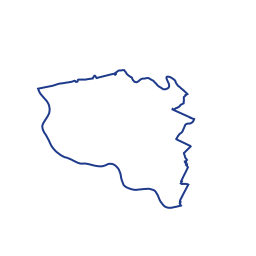 the district of Vijfheerenlanden, Zuid-Holland, Netherlands, rotated 224°
{"feature_id": "6326949B1292857189709", "entity_name": "Vijfheerenlanden", "entity_type": "district", "adm_level": 2, "iso_a3": "NLD", "parent_name": "Netherlands", "parent_adm1": "Zuid-Holland", "projection": "robinson", "projection_center": [5.057, 51.93], "detail": "fine", "context": "isolated", "style": "outline", "palette": "blue", "viewbox_px": 256, "rotation_deg": 224, "n_neighbors": 0, "source": "geoboundaries", "source_scale": "gbopen_adm2", "svg_char_len": 5561}
<svg xmlns="http://www.w3.org/2000/svg" viewBox="0 0 256 256"><g transform="rotate(224 128 128)"><path d="M220.0,93.8L219.4,93.5L217.5,92.7L216.6,92.3L215.6,92.0L214.6,91.8L212.1,91.5L206.1,91.0L205.0,90.9L203.1,90.4L201.8,90.0L201.1,89.7L200.2,89.2L198.7,88.1L197.9,87.5L197.2,86.9L196.5,86.0L195.9,85.2L195.1,84.0L194.9,83.5L194.7,83.0L194.0,80.8L193.8,79.8L193.5,78.5L193.2,76.8L192.5,73.5L192.4,73.0L192.0,71.9L191.7,71.1L191.5,70.6L191.0,69.9L190.6,69.5L190.0,69.0L188.5,67.9L186.4,67.0L185.4,66.6L184.4,66.4L182.3,66.0L176.3,64.1L173.7,63.0L171.2,62.1L169.5,61.7L166.9,61.3L164.2,61.1L162.0,61.2L157.4,61.8L155.9,62.2L154.5,62.6L153.3,63.0L152.7,63.3L152.3,63.6L151.9,63.9L151.0,64.3L148.8,65.2L148.0,65.5L146.3,66.1L144.8,66.5L140.2,68.0L137.4,69.4L134.1,72.7L132.4,73.9L130.3,75.2L128.0,76.5L125.9,77.7L124.0,79.0L122.0,80.5L120.5,81.9L119.2,83.7L118.4,85.3L117.5,87.7L116.8,89.0L115.6,90.2L114.1,91.3L113.2,91.7L112.6,91.9L110.9,92.2L109.1,92.2L107.4,92.1L105.6,91.7L102.3,90.2L101.1,89.5L98.6,87.6L96.7,86.4L94.9,85.5L91.6,84.0L91.0,83.9L90.5,83.9L88.0,84.2L85.7,85.1L83.5,86.1L81.8,87.1L80.7,87.8L79.2,89.1L76.6,92.3L75.8,93.2L73.5,95.9L72.8,96.6L72.4,96.9L72.1,97.5L71.6,98.0L70.6,98.9L69.5,99.6L66.3,101.2L65.3,101.4L64.2,101.4L63.2,101.2L62.2,100.9L59.6,100.2L58.9,99.9L56.1,98.6L54.8,98.1L53.5,97.7L52.2,97.5L49.6,97.1L48.3,97.0L47.0,97.1L45.8,97.5L44.7,98.0L43.7,98.6L42.8,99.3L42.0,100.1L41.3,100.9L40.6,101.9L39.7,103.4L38.7,104.7L36.0,109.0L38.3,109.6L38.4,110.3L38.6,110.9L38.7,111.1L39.2,110.7L39.4,110.8L39.5,111.0L40.2,112.1L40.5,112.9L40.7,113.4L41.1,114.9L41.6,116.4L41.5,116.5L41.8,117.0L45.3,129.2L45.9,129.0L46.2,128.9L46.5,128.7L46.8,128.4L47.6,128.0L48.2,127.3L48.7,126.9L49.4,126.2L49.6,126.0L50.0,125.4L50.2,125.2L50.4,125.1L51.5,124.8L52.1,127.0L52.8,126.7L53.9,130.0L54.3,131.1L56.0,136.6L57.6,141.4L58.1,141.5L59.3,141.7L59.6,142.0L60.2,142.8L60.7,142.1L60.8,142.3L62.7,142.9L63.6,143.1L63.8,143.3L62.7,144.0L63.4,144.5L63.4,146.0L65.0,146.3L65.5,146.3L66.0,146.4L66.2,146.5L69.1,148.1L70.0,148.5L70.3,148.7L70.4,148.8L70.3,150.2L70.2,154.8L70.1,158.2L70.5,158.3L70.8,158.4L71.1,158.2L80.9,155.0L83.9,153.9L84.1,153.9L84.5,153.8L85.3,153.6L85.7,153.6L85.9,155.1L86.0,155.2L86.4,156.7L86.7,158.8L86.7,159.4L86.7,159.9L86.6,160.5L86.4,161.2L86.3,161.7L86.3,162.2L86.4,163.1L86.7,164.2L87.0,164.8L87.3,165.5L87.5,166.3L88.7,169.3L88.9,169.8L89.0,170.1L88.9,171.0L88.7,171.5L88.5,172.0L88.3,172.3L88.1,172.6L87.0,173.7L86.6,174.3L86.4,174.7L86.1,175.2L85.9,175.8L85.8,176.3L85.7,177.0L85.7,177.5L85.8,178.0L85.9,178.3L86.0,178.9L86.6,180.4L86.9,180.3L87.0,180.2L86.9,180.1L87.1,180.0L87.9,179.7L90.3,178.7L90.3,178.9L106.5,173.1L108.9,172.3L109.1,172.7L108.7,172.8L108.3,172.9L108.0,173.2L107.8,173.5L107.6,174.5L107.3,175.2L107.3,175.4L107.2,175.7L107.1,175.9L106.7,176.6L106.6,177.0L106.6,177.3L106.3,177.7L106.2,177.9L106.2,178.4L106.0,178.9L105.9,179.3L106.0,179.9L106.1,180.1L106.2,180.4L106.2,181.4L106.0,181.9L105.9,182.0L105.8,182.4L105.6,182.8L105.5,183.4L105.4,183.7L105.2,184.1L105.1,184.3L105.2,184.5L105.4,184.8L106.1,185.5L106.4,185.7L106.5,186.0L106.6,186.4L106.8,186.6L107.2,187.0L107.6,187.3L107.9,187.6L108.3,187.9L108.6,188.2L109.0,188.6L109.2,189.0L109.3,189.1L109.3,189.3L109.3,189.5L109.2,190.5L109.2,191.8L109.3,191.8L109.2,192.1L109.3,192.2L109.2,192.5L109.3,192.5L108.9,193.7L112.7,193.7L115.5,193.6L116.8,193.4L117.3,193.4L119.4,193.4L121.2,193.1L121.9,193.2L124.3,193.6L124.8,193.8L125.3,194.0L125.7,194.2L126.1,194.4L126.6,194.7L126.9,194.7L127.2,194.7L127.6,194.8L127.8,194.9L128.2,194.9L131.6,194.3L132.3,194.1L133.4,193.7L134.0,193.3L134.6,193.0L135.0,192.7L135.4,192.2L135.5,191.9L135.6,191.7L135.5,191.3L135.3,190.9L135.1,190.7L134.7,190.4L133.5,189.8L131.2,188.9L130.1,188.5L128.7,187.8L128.1,187.3L127.8,187.0L127.5,186.7L127.2,186.3L127.1,186.0L127.0,185.5L126.9,185.2L126.9,184.8L127.0,184.1L127.3,183.3L127.8,182.2L128.3,181.5L128.7,181.1L129.5,180.5L130.0,180.3L132.2,179.9L134.2,179.4L135.3,179.2L136.1,179.2L136.7,179.2L138.1,179.4L139.1,179.5L140.4,179.4L140.8,179.4L142.1,179.6L142.8,179.5L144.2,179.1L144.5,179.0L147.0,178.4L147.8,178.2L148.0,178.1L148.3,177.8L149.5,176.6L149.7,176.2L150.0,175.6L150.2,175.3L151.5,174.0L151.8,173.7L152.0,173.4L152.2,172.9L152.4,172.5L152.6,172.0L152.7,171.3L152.8,170.7L152.9,169.5L152.9,169.0L153.1,168.2L153.3,167.6L153.5,167.1L153.7,166.9L154.0,166.6L154.8,166.2L155.2,166.0L155.2,165.9L155.4,165.8L156.4,165.8L158.1,166.0L158.9,166.3L159.3,166.5L160.2,166.9L160.8,166.9L161.1,166.8L161.8,166.5L162.4,166.4L163.7,166.2L164.2,166.1L166.1,166.0L167.4,166.3L167.8,166.4L168.3,166.6L171.1,166.9L172.1,165.8L172.9,164.7L173.2,164.3L174.0,163.6L174.3,163.3L174.5,162.9L174.7,162.5L174.8,161.8L174.9,161.3L175.3,159.0L175.2,159.0L174.3,158.6L174.2,158.6L174.1,158.4L174.1,158.1L174.1,157.7L174.2,157.4L174.5,157.3L175.7,157.3L176.0,157.0L177.3,155.0L184.1,144.1L185.3,142.1L185.8,142.2L187.8,142.7L188.1,142.6L188.3,142.4L188.5,142.1L188.1,140.2L188.1,139.4L187.8,139.1L191.1,134.9L191.8,133.9L192.0,133.5L192.5,133.0L193.1,132.4L194.2,131.4L194.6,131.0L196.0,129.6L196.9,128.8L197.0,128.7L197.4,127.8L197.4,127.7L197.1,127.2L196.9,126.9L196.7,126.5L196.6,126.3L196.7,126.2L196.9,125.7L197.3,125.3L197.7,124.9L197.9,124.9L198.4,125.1L198.6,125.1L198.9,125.1L199.2,124.9L200.3,122.8L201.0,121.5L201.5,121.0L202.4,119.7L202.9,119.0L203.6,118.2L204.5,116.9L205.5,115.6L207.2,113.4L207.4,113.2L207.6,113.0L207.7,112.9L207.9,112.7L209.5,109.9L211.7,105.8L212.4,104.8L214.7,101.5L219.2,95.0L220.0,93.8Z" fill="none" stroke="#1e3a8a" stroke-width="2"/></g></svg>